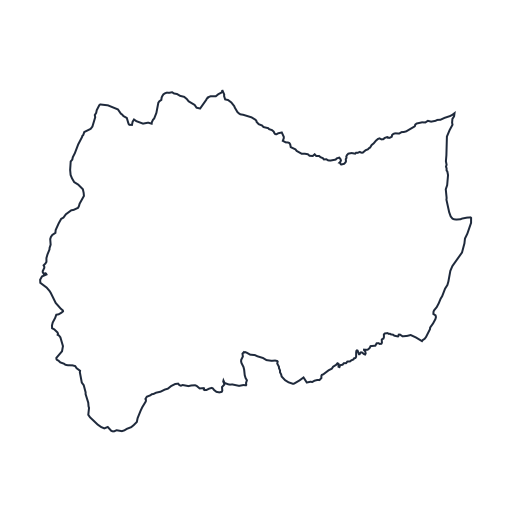 outline of Pulí, Cundinamarca, Colombia, rotated 357°
{"feature_id": "7082276B22739644455083", "entity_name": "Pulí", "entity_type": "district", "adm_level": 2, "iso_a3": "COL", "parent_name": "Colombia", "parent_adm1": "Cundinamarca", "projection": "albers", "projection_center": [-74.663, 4.689], "detail": "fine", "context": "isolated", "style": "outline", "palette": "slate", "viewbox_px": 512, "rotation_deg": 357, "n_neighbors": 0, "source": "geoboundaries", "source_scale": "gbopen_adm2", "svg_char_len": 6021}
<svg xmlns="http://www.w3.org/2000/svg" viewBox="0 0 512 512"><g transform="rotate(357 256 256)"><path d="M417.3,349.7L418.2,348.6L420.1,347.5L421.6,345.7L425.9,338.2L426.2,336.5L429.3,332.6L431.9,328.3L432.5,326.4L432.2,324.7L430.1,323.2L430.3,321.1L430.9,319.7L433.8,316.5L436.0,312.8L438.2,308.2L439.8,305.9L443.1,298.5L445.6,295.0L446.8,291.5L449.3,281.0L451.6,276.3L461.9,263.3L464.8,254.3L465.6,249.5L468.2,244.8L472.5,234.2L472.8,229.2L472.3,228.7L468.8,228.7L463.8,229.4L462.1,230.0L457.9,230.1L455.7,229.7L454.2,229.0L452.5,226.7L451.2,222.4L449.1,209.7L449.4,208.1L449.0,199.3L450.6,195.3L452.0,185.3L451.5,181.6L450.8,180.6L450.9,178.4L450.4,176.7L451.1,174.9L450.6,171.3L451.4,165.4L452.9,146.7L456.0,140.3L459.1,135.2L458.8,133.2L459.3,129.4L461.1,126.9L461.7,123.8L459.5,125.3L457.1,126.4L451.6,127.9L447.3,129.6L444.2,129.6L442.3,130.4L437.9,131.0L434.7,130.0L432.1,131.5L428.8,131.2L423.4,132.1L421.9,133.1L421.6,134.4L421.0,135.0L412.5,139.4L410.1,139.9L407.9,139.9L405.4,141.2L401.4,140.8L399.7,141.2L398.3,142.2L397.8,144.0L395.6,145.0L393.9,144.8L393.7,144.2L393.3,144.1L390.5,144.9L389.4,146.0L387.4,146.1L385.5,145.0L383.9,145.5L381.8,147.1L379.4,149.7L377.3,151.2L375.6,153.7L374.5,154.2L373.4,155.3L371.0,156.1L368.0,158.4L366.5,158.3L365.1,157.5L362.9,158.3L361.4,158.1L360.4,159.0L356.9,158.2L353.6,158.6L352.2,159.9L351.4,161.3L351.5,162.7L350.7,164.0L350.8,166.0L350.4,167.0L348.9,168.5L346.1,169.1L345.5,168.9L344.8,167.4L344.2,167.2L345.3,166.2L345.8,165.1L345.5,163.8L344.3,162.1L341.7,162.8L340.6,163.9L335.3,164.6L333.1,164.3L331.3,163.1L328.8,163.1L327.9,161.8L325.6,160.7L324.2,159.4L321.4,159.3L319.9,157.5L317.9,159.1L314.7,158.7L313.1,157.1L310.0,156.4L307.0,156.3L302.1,153.2L301.0,151.6L296.4,149.1L296.0,146.3L295.2,144.9L293.8,144.3L291.7,144.1L288.8,142.4L289.9,139.8L290.0,138.5L288.2,134.0L284.6,134.6L282.8,135.5L281.6,135.3L280.7,134.1L280.2,132.7L278.5,131.1L275.7,130.0L274.9,129.0L270.2,127.6L268.9,126.0L265.6,124.5L263.6,122.1L263.5,121.2L262.7,120.0L258.8,117.3L250.6,114.3L247.8,113.7L246.5,112.8L245.0,111.3L242.6,106.7L242.1,105.2L239.4,101.4L236.3,98.8L233.4,98.0L232.5,94.6L232.7,93.1L231.0,88.5L230.9,89.9L230.0,91.0L226.9,92.4L224.2,94.4L219.0,94.1L216.2,95.1L216.1,95.7L215.2,96.1L214.6,97.3L207.9,105.8L204.4,104.8L202.6,101.9L196.8,98.0L195.1,95.6L192.6,93.3L188.6,92.1L185.6,90.1L182.6,89.4L180.8,88.1L177.7,88.5L175.6,88.2L173.8,88.7L172.0,89.7L170.8,91.4L170.1,92.7L169.6,95.2L167.6,96.4L166.5,97.8L164.0,107.9L161.5,113.4L160.3,114.5L159.0,116.9L158.7,118.4L155.3,117.2L150.1,117.9L143.6,115.1L141.3,113.3L139.8,115.5L139.0,118.6L136.6,118.4L135.9,117.9L135.4,116.4L134.2,111.4L130.9,109.3L129.8,107.8L128.5,106.8L125.8,102.4L116.0,97.8L108.4,96.5L107.4,97.2L104.6,102.0L103.9,104.7L102.4,106.8L102.7,109.0L99.4,118.2L97.5,120.4L91.0,123.2L89.8,126.2L88.9,126.9L88.5,128.1L84.3,135.2L80.5,143.8L78.2,147.8L77.6,150.1L75.9,151.9L74.9,160.3L75.1,165.4L76.3,168.8L78.3,172.7L82.2,175.4L86.6,180.3L87.2,184.0L87.3,187.0L82.6,194.5L81.8,196.9L80.8,198.6L76.3,200.4L73.9,200.7L68.3,204.4L65.7,207.6L63.4,208.7L60.7,213.0L57.3,219.6L56.9,222.4L53.7,224.3L52.2,226.2L51.4,228.3L51.5,234.0L50.3,237.1L50.1,238.7L47.8,243.6L46.6,247.1L46.4,250.9L45.3,252.5L43.4,254.2L44.0,255.5L44.0,256.7L42.2,260.0L42.2,261.1L43.0,262.6L44.8,262.2L45.4,262.6L45.8,263.5L41.2,265.2L39.2,268.4L39.2,271.5L45.3,276.6L48.0,280.1L49.1,282.1L53.5,292.4L58.1,298.2L60.3,300.3L60.4,301.2L58.8,302.4L55.9,303.9L53.5,304.2L52.2,307.3L49.5,311.8L48.6,314.8L48.6,317.5L50.7,318.7L53.8,322.0L54.2,323.4L53.8,324.3L55.1,325.1L56.4,327.0L58.5,335.9L57.3,341.0L51.3,347.3L51.3,348.4L51.7,349.2L53.3,350.2L55.0,352.0L58.6,353.5L59.9,354.6L62.0,355.2L67.0,355.6L69.7,356.5L71.0,358.7L74.3,361.4L74.0,362.8L75.4,373.3L77.2,376.0L78.7,383.2L78.6,385.0L80.8,393.7L80.9,397.3L81.3,399.0L80.2,405.8L81.8,408.4L89.0,416.0L92.4,418.7L95.5,420.2L99.0,419.0L102.3,423.0L103.7,423.6L105.0,423.7L107.7,422.7L112.9,423.9L115.5,423.2L118.1,421.8L122.4,420.4L125.0,418.5L128.3,415.5L129.3,411.7L132.8,404.2L134.6,400.9L138.3,395.5L138.6,394.0L138.1,393.0L139.6,390.8L143.2,389.6L144.7,388.6L146.5,388.4L149.0,387.3L153.6,386.5L158.0,384.6L161.0,383.9L164.5,381.4L168.6,379.6L171.6,379.4L172.7,380.9L174.2,381.6L176.0,381.0L181.8,382.4L184.6,381.9L188.4,381.9L189.9,382.6L192.8,385.3L196.9,385.2L197.2,385.4L196.9,386.7L197.6,387.2L199.5,387.2L202.3,386.0L204.9,385.4L206.0,386.0L207.1,387.6L209.4,389.6L212.3,390.3L214.6,389.9L215.0,389.3L215.3,388.6L215.2,385.1L217.6,382.8L217.5,381.6L216.7,379.7L217.0,378.7L217.9,381.1L221.6,382.7L223.3,383.1L225.5,383.0L232.3,384.8L236.7,384.2L239.2,384.6L239.5,384.2L239.4,382.3L240.4,379.6L239.2,377.3L238.5,374.4L238.2,368.8L237.7,366.2L235.9,362.1L235.6,360.4L235.8,358.9L237.6,355.7L237.4,352.8L238.9,351.3L239.5,351.7L240.1,351.4L241.7,352.1L245.0,354.2L249.7,354.9L252.1,356.2L257.6,358.2L261.0,360.5L266.2,361.5L269.6,361.4L271.7,362.0L272.1,362.5L271.6,364.5L273.1,367.8L273.1,369.2L274.0,371.5L273.9,373.4L274.9,375.5L275.3,377.7L278.5,381.5L281.8,383.8L286.3,385.6L287.4,385.4L292.8,382.6L297.1,379.8L300.1,385.0L304.0,384.4L305.5,384.8L307.9,383.6L310.7,383.0L312.9,383.2L314.9,381.3L315.0,379.2L315.5,378.2L317.0,377.7L322.6,373.9L325.8,372.5L327.2,370.6L330.3,368.9L331.7,367.4L332.7,367.9L332.6,370.9L333.5,371.3L334.3,369.4L336.8,369.1L338.0,367.7L340.4,367.7L341.7,366.2L344.4,366.2L345.7,365.2L347.9,364.4L348.6,363.3L349.9,363.1L350.7,361.9L351.0,357.4L351.3,356.0L351.9,355.5L352.5,355.8L353.7,359.5L354.3,359.5L355.4,357.9L355.8,357.7L356.8,357.9L358.7,359.6L359.8,360.1L360.4,359.1L360.1,357.0L359.0,355.7L359.0,355.2L362.1,355.5L363.0,355.2L364.6,353.9L365.7,352.0L370.5,351.8L371.9,349.5L373.9,349.5L374.9,350.3L376.6,350.2L377.2,349.2L377.2,346.2L377.7,345.6L378.9,345.2L379.5,343.7L379.6,341.0L380.6,340.1L383.3,339.9L384.5,340.7L385.8,340.7L386.5,341.3L388.8,341.8L389.9,342.8L393.6,343.8L393.9,343.6L394.4,342.0L395.6,342.0L398.2,343.9L402.8,343.7L406.3,343.0L411.4,345.7L417.3,349.7Z" fill="none" stroke="#1e293b" stroke-width="2"/></g></svg>